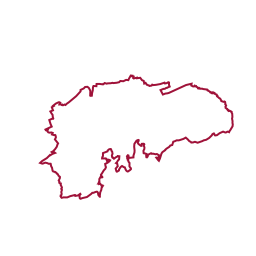 outline of Huedin, Salaj, Romania, rotated 145°
{"feature_id": "2599482B73354521931704", "entity_name": "Huedin", "entity_type": "district", "adm_level": 2, "iso_a3": "ROU", "parent_name": "Romania", "parent_adm1": "Salaj", "projection": "robinson", "projection_center": [23.004, 46.877], "detail": "fine", "context": "isolated", "style": "outline", "palette": "rose", "viewbox_px": 256, "rotation_deg": 145, "n_neighbors": 0, "source": "geoboundaries", "source_scale": "gbopen_adm2", "svg_char_len": 5805}
<svg xmlns="http://www.w3.org/2000/svg" viewBox="0 0 256 256"><g transform="rotate(145 128 128)"><path d="M169.6,188.6L170.2,188.9L173.1,189.4L176.5,189.2L176.3,188.6L178.5,188.7L179.3,185.5L182.1,186.1L182.3,183.7L182.2,182.2L183.5,179.7L183.7,178.7L184.0,178.5L185.2,179.2L187.9,179.7L189.2,175.5L189.7,172.9L196.5,174.1L196.6,173.4L195.9,173.1L195.9,172.3L195.0,172.3L195.9,171.7L195.8,170.2L195.1,169.3L193.2,168.2L192.5,167.1L194.0,166.3L192.7,164.6L191.7,164.1L191.6,163.8L192.0,162.5L192.5,161.6L194.4,160.6L194.1,155.5L195.3,154.9L197.1,153.5L199.8,152.5L202.6,151.9L204.3,152.1L204.0,151.0L202.5,150.9L202.0,149.4L204.6,150.1L207.6,150.3L207.6,150.6L211.7,149.9L217.4,150.2L220.0,149.8L218.7,148.0L218.2,147.7L215.7,147.1L214.3,145.6L213.5,144.2L211.9,143.1L211.9,142.7L212.4,142.1L212.6,141.3L212.9,140.7L213.0,139.1L214.3,136.2L214.2,135.3L212.9,133.8L213.0,133.4L212.3,132.5L212.5,131.4L212.2,131.1L212.0,130.4L212.3,128.8L211.8,127.2L212.2,126.9L212.2,126.4L212.6,126.0L214.9,124.7L214.9,123.5L215.4,123.0L215.3,122.8L215.7,122.2L215.4,121.8L215.4,121.4L214.9,121.0L215.9,119.7L216.0,118.0L216.3,117.5L216.3,117.1L216.7,116.7L217.6,116.4L217.6,115.2L219.4,113.8L219.9,112.5L220.6,111.6L221.5,111.0L221.9,111.3L222.4,110.8L222.3,110.2L222.5,109.8L222.4,108.9L220.5,108.1L217.6,106.0L214.4,105.3L210.0,103.6L209.8,103.4L210.1,102.6L207.6,101.4L204.9,101.5L204.9,101.0L206.0,100.8L207.0,99.7L207.8,98.0L207.4,97.2L205.7,96.8L201.2,95.0L196.0,95.1L194.4,95.4L193.4,94.7L191.5,94.3L190.0,93.7L189.8,93.4L189.7,92.8L189.8,91.9L190.3,91.2L190.3,90.7L190.7,90.2L190.6,88.0L190.4,87.9L190.1,88.5L187.7,91.2L185.4,92.6L184.1,94.0L182.1,94.9L182.7,95.3L182.1,95.8L182.7,96.2L182.7,98.0L183.0,98.4L184.0,98.7L183.9,99.1L184.2,99.4L182.5,99.8L182.4,100.0L182.8,100.4L181.9,101.0L180.8,102.6L178.7,103.6L177.8,102.5L177.3,102.4L177.0,103.0L177.4,104.4L177.0,105.2L175.5,105.7L172.1,107.2L170.0,107.6L168.5,108.6L168.2,109.9L167.3,111.7L164.8,111.3L164.2,112.7L163.5,111.4L162.4,111.3L161.2,111.8L161.9,113.0L163.8,114.7L163.5,115.5L163.6,115.8L166.7,117.9L165.9,118.8L164.6,119.4L162.9,121.8L158.2,120.6L157.6,121.2L155.8,121.4L154.6,121.0L154.1,120.5L154.2,119.8L154.6,119.0L154.5,117.8L155.5,115.7L156.8,114.9L157.2,114.4L157.7,113.1L157.7,112.5L157.2,112.3L157.1,110.9L154.7,111.0L152.8,110.7L152.5,110.9L151.3,109.8L153.3,107.4L155.0,107.1L156.6,106.3L157.9,106.1L157.3,105.0L158.3,102.6L161.4,101.8L162.2,99.6L162.3,98.8L161.9,98.5L159.8,98.4L159.2,99.1L157.4,99.9L156.0,100.3L154.7,100.3L154.4,99.8L154.1,98.6L153.2,97.6L153.8,95.1L153.8,93.8L153.4,92.7L152.9,92.4L150.3,92.4L149.2,92.6L149.0,92.9L148.7,93.4L148.9,94.2L148.8,95.8L146.8,98.5L146.9,100.0L146.5,101.3L146.2,101.6L146.4,102.1L145.7,102.4L145.6,103.0L146.0,103.1L146.1,103.5L145.2,104.9L145.1,105.4L143.8,105.8L143.4,105.3L143.9,104.1L144.7,103.1L140.4,100.8L139.4,102.2L136.7,104.3L135.5,105.8L133.7,109.1L131.9,111.3L128.4,112.7L127.4,112.6L126.4,112.3L126.2,112.0L126.6,111.4L128.4,110.5L128.5,110.2L128.6,109.0L127.6,105.9L127.1,105.6L125.8,107.1L124.3,106.2L124.0,105.8L124.0,105.3L124.8,104.8L125.3,104.2L125.6,102.8L126.7,101.4L128.4,100.5L129.6,98.5L129.4,98.0L128.8,97.6L127.7,96.1L128.8,95.2L128.9,94.7L129.6,93.9L129.7,93.5L129.3,93.1L128.2,93.4L127.4,94.3L126.2,94.5L123.6,94.1L123.4,93.9L123.3,93.2L122.2,92.6L120.4,90.6L119.4,90.2L119.0,89.7L118.7,88.7L118.3,88.1L119.0,87.1L119.1,86.6L120.3,86.2L120.6,86.3L121.5,87.4L121.8,87.5L121.7,84.4L121.5,83.4L119.3,84.7L115.2,87.9L113.6,88.5L110.2,88.5L110.0,88.8L108.3,89.0L105.0,88.9L103.4,89.4L101.5,88.7L98.8,90.8L97.2,90.3L95.2,90.0L93.9,89.0L92.8,88.5L88.9,87.3L86.2,87.0L85.6,84.5L85.3,82.0L84.5,80.6L84.5,79.8L83.1,78.9L81.1,78.3L79.4,76.0L74.5,74.6L73.2,74.5L70.7,73.5L67.2,73.3L63.6,73.9L62.4,74.5L61.0,74.4L60.7,74.2L60.8,73.4L61.0,73.0L61.0,72.1L60.7,71.8L59.2,71.1L55.9,71.2L52.2,70.5L50.9,68.5L50.1,68.1L48.7,68.0L48.2,67.6L47.6,66.6L46.7,67.2L45.7,67.5L41.4,69.4L40.0,71.0L39.6,72.1L38.4,73.7L37.4,76.0L36.2,77.1L34.4,80.0L34.3,81.2L34.1,81.4L34.2,81.6L34.0,81.8L34.2,82.0L34.1,82.6L34.7,83.6L35.8,84.1L35.9,84.6L35.6,84.8L35.8,85.0L35.7,85.3L36.0,85.5L35.8,86.0L36.0,86.4L35.8,86.8L36.1,87.2L36.5,88.6L35.9,89.3L35.8,89.7L34.8,90.0L34.6,91.1L34.7,91.8L34.2,92.2L33.5,93.7L33.8,94.4L34.7,94.6L36.1,96.5L35.8,97.1L35.8,98.2L35.6,99.1L36.3,100.6L36.3,101.1L36.9,102.9L36.8,103.3L36.4,103.4L36.6,103.8L36.2,104.5L37.5,106.5L37.0,107.1L37.1,107.3L37.7,107.8L38.7,108.0L38.5,108.4L38.8,108.6L38.7,108.7L39.4,108.8L39.4,109.2L39.8,109.4L39.7,110.0L40.2,110.2L40.2,111.2L41.3,113.2L40.9,113.7L41.0,114.0L44.1,116.8L44.8,117.8L45.9,118.4L46.2,119.0L46.9,119.3L46.8,119.7L47.2,119.7L47.7,120.1L47.9,120.3L47.5,120.9L47.9,121.5L47.9,121.9L48.4,122.6L48.2,123.3L49.3,123.8L49.2,124.4L50.0,124.3L50.8,124.6L51.8,126.5L50.5,127.8L55.8,129.9L74.4,133.3L75.8,133.8L77.7,134.8L80.2,135.4L79.6,140.4L76.5,139.7L75.4,139.0L73.6,138.9L73.1,138.5L72.4,138.5L70.1,138.0L69.7,139.8L68.4,141.6L68.9,141.9L68.9,142.4L70.5,142.5L72.2,143.3L72.1,144.2L76.4,145.5L80.3,147.3L82.6,148.6L83.3,149.6L84.3,149.2L86.2,150.1L86.2,150.5L86.9,151.2L87.2,152.1L87.8,152.7L87.7,154.9L89.2,155.1L88.1,157.6L89.1,159.1L89.2,162.1L92.1,163.6L91.8,164.1L94.9,165.3L95.1,166.0L93.9,166.9L94.9,167.9L94.4,168.3L95.6,169.4L98.8,167.9L100.3,167.0L101.9,168.5L105.0,169.0L107.3,170.9L109.0,170.6L111.4,171.6L114.4,173.3L114.8,173.9L116.5,174.6L119.2,176.3L120.0,176.5L121.3,178.2L122.7,178.0L123.0,178.3L123.5,178.1L126.1,180.5L128.5,182.1L129.9,180.4L132.2,182.2L133.3,181.5L135.3,179.0L137.4,177.2L139.1,175.2L140.2,175.8L140.4,176.2L137.5,180.1L137.1,183.3L137.6,185.0L139.6,186.2L141.6,185.8L145.0,186.4L145.9,185.2L152.2,183.8L161.7,183.0L164.3,183.0L166.0,182.7L166.5,183.6L168.2,183.9L168.9,184.6L168.6,185.1L170.7,186.6L169.0,187.6L169.6,188.6Z" fill="none" stroke="#9f1239" stroke-width="2"/></g></svg>